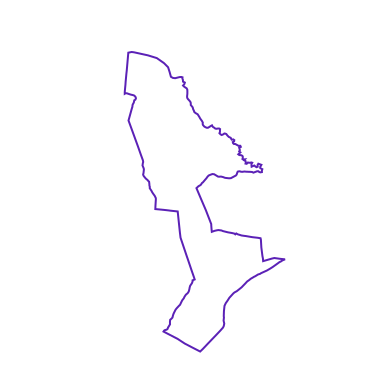 Zé Doca, Maranhão, Brazil, rotated 70°
{"feature_id": "56859067B5198851125658", "entity_name": "Zé Doca", "entity_type": "district", "adm_level": 2, "iso_a3": "BRA", "parent_name": "Brazil", "parent_adm1": "Maranhão", "projection": "mercator", "projection_center": [-45.921, -3.253], "detail": "fine", "context": "isolated", "style": "outline", "palette": "violet", "viewbox_px": 384, "rotation_deg": 70, "n_neighbors": 0, "source": "geoboundaries", "source_scale": "gbopen_adm2", "svg_char_len": 4562}
<svg xmlns="http://www.w3.org/2000/svg" viewBox="0 0 384 384"><g transform="rotate(70 192 192)"><path d="M197.2,119.5L196.0,119.1L194.6,118.1L193.7,119.0L192.8,119.7L191.8,119.4L191.0,118.4L190.2,117.5L189.1,118.8L188.1,120.0L189.0,121.1L190.7,121.6L190.8,122.8L189.9,123.6L188.4,124.4L188.5,125.8L188.6,127.3L187.3,127.0L186.2,126.6L185.1,125.4L184.5,126.2L184.4,127.3L184.0,128.5L183.4,129.3L184.2,131.0L183.6,132.0L182.5,131.3L181.2,131.1L180.0,132.2L179.4,131.1L179.0,132.6L178.2,133.3L177.5,132.7L176.2,132.2L175.2,132.3L174.1,133.4L173.5,134.9L172.4,135.6L172.0,134.7L171.3,133.0L170.0,133.8L169.0,132.7L167.8,132.6L166.5,132.5L166.3,130.7L165.1,130.8L164.5,132.5L161.7,134.9L161.3,136.1L160.3,136.7L159.0,136.6L158.8,135.1L157.7,134.5L156.7,135.2L156.4,136.8L155.3,137.0L154.3,137.1L152.8,138.6L151.9,139.0L150.8,139.5L149.3,139.9L148.5,140.8L148.1,141.6L148.5,142.8L148.6,144.6L147.7,145.4L146.1,146.1L145.2,145.2L144.0,144.8L142.5,144.1L141.7,144.7L141.2,146.1L140.9,147.6L140.3,148.5L139.1,149.2L137.8,150.2L136.2,150.4L136.4,151.8L136.8,153.4L137.1,155.1L136.6,156.3L135.5,157.4L134.6,158.1L132.7,158.8L131.7,158.7L130.5,158.1L128.5,158.4L125.7,159.2L124.1,159.4L120.9,160.1L119.0,161.7L117.5,162.5L116.3,162.4L114.7,162.6L112.7,162.4L111.2,162.9L109.9,163.4L107.8,162.7L106.8,162.7L105.5,163.1L103.0,164.1L101.8,164.3L100.4,163.9L98.2,162.8L95.5,161.8L94.1,161.4L92.7,161.6L91.4,162.6L90.2,163.4L88.9,164.0L88.0,162.3L86.7,161.3L85.2,162.7L83.5,162.2L81.9,162.2L81.0,161.7L80.3,162.6L79.8,164.2L79.6,165.9L79.3,168.9L78.8,169.9L78.2,171.0L76.5,172.4L71.5,172.0L66.6,171.8L61.4,174.2L54.1,179.3L48.5,186.7L40.9,198.7L39.8,200.8L39.3,204.2L55.6,211.8L58.2,213.1L65.8,216.7L68.3,217.8L72.7,219.9L74.2,220.6L75.3,221.1L76.7,221.6L76.5,220.5L77.0,219.4L78.0,218.2L78.8,217.2L79.7,216.0L80.5,214.7L81.4,213.5L82.4,212.9L83.7,212.5L84.9,212.7L85.9,213.7L86.1,214.9L87.9,216.0L88.8,216.9L89.5,217.8L90.5,218.4L91.6,218.9L92.6,219.7L94.1,220.8L103.1,227.2L107.6,227.2L112.0,227.2L114.2,227.2L126.6,227.2L131.0,227.2L139.5,227.3L145.4,227.3L147.1,227.6L148.2,228.4L149.2,228.9L150.0,229.4L151.1,229.4L152.7,229.3L154.1,229.4L155.2,229.9L156.2,230.4L157.8,231.2L158.7,231.9L159.8,232.0L160.9,231.8L162.2,231.3L163.4,230.9L164.5,230.3L165.5,229.7L166.7,229.3L167.6,228.8L168.5,229.0L169.8,229.3L171.4,229.8L172.9,229.9L173.8,230.4L175.4,230.1L176.8,229.7L177.9,229.6L179.0,229.4L180.2,229.1L181.3,228.8L182.3,228.5L183.2,228.3L184.4,228.2L185.4,228.1L186.6,228.5L191.2,230.5L192.1,230.9L195.5,232.3L197.2,228.7L199.4,224.1L201.5,219.9L202.1,218.8L204.6,213.7L205.4,212.1L225.8,217.2L231.0,218.4L251.5,218.9L252.8,218.9L265.6,219.2L272.5,219.3L275.1,219.4L275.2,221.7L276.2,222.0L277.7,223.3L279.5,225.8L281.0,226.9L282.4,227.7L284.4,229.1L285.6,230.7L286.4,232.9L287.1,233.8L287.7,234.7L289.1,236.1L290.4,238.2L292.3,240.2L293.9,241.8L294.4,243.0L296.0,246.1L296.9,247.6L298.2,249.0L299.9,250.8L301.5,252.1L303.3,253.3L304.0,254.6L304.6,256.2L306.4,257.1L307.8,257.6L308.8,257.9L310.5,260.0L311.1,260.8L312.3,261.8L312.7,263.0L312.5,264.5L312.7,265.6L313.4,266.5L325.4,255.5L326.8,254.5L332.0,250.6L337.9,245.2L344.7,238.9L343.2,235.5L339.7,228.5L334.1,217.1L332.1,213.1L330.0,209.2L328.8,208.0L326.7,206.7L323.7,206.3L320.8,204.9L319.5,204.6L314.8,202.7L310.1,200.4L308.0,198.3L306.2,195.7L304.2,193.1L301.4,187.8L300.9,186.4L300.5,183.8L299.4,180.5L298.5,177.9L297.8,176.5L296.2,173.2L294.9,170.7L294.4,168.7L293.6,166.4L293.2,164.1L292.9,162.8L292.8,161.5L292.6,160.5L292.1,158.2L292.2,156.0L291.9,154.9L291.6,151.1L291.4,148.5L290.7,144.6L290.1,141.9L288.2,135.1L287.8,133.8L287.7,132.4L287.2,130.4L287.1,127.6L284.7,132.5L282.2,137.2L281.9,139.6L281.3,148.8L278.8,148.1L276.2,147.7L267.8,145.8L260.5,143.6L258.9,143.4L257.5,145.9L255.0,150.9L252.6,155.1L251.8,156.5L251.1,157.9L249.8,160.3L248.8,161.6L247.4,163.5L246.1,164.6L246.6,165.8L245.5,166.5L244.2,168.5L242.2,172.0L239.3,176.3L238.2,177.5L236.8,180.2L236.5,181.7L236.2,184.2L236.2,187.0L234.2,186.5L233.1,186.2L229.9,185.3L228.7,184.9L213.9,185.2L203.3,185.8L189.9,186.5L188.8,184.0L188.4,181.6L187.8,180.6L187.0,179.6L186.7,178.5L185.1,175.7L184.0,173.7L183.0,172.3L182.2,170.7L182.1,168.8L182.1,166.7L182.9,165.1L184.5,163.8L186.4,162.3L186.9,161.3L187.4,159.5L188.6,157.7L190.0,156.1L191.8,152.5L192.3,150.7L191.5,145.1L190.9,144.1L189.7,143.2L188.5,142.1L188.6,141.0L188.9,140.0L189.6,139.2L190.2,138.0L190.7,135.7L191.6,133.8L193.1,130.1L193.8,128.6L194.8,127.7L194.8,125.0L194.8,123.6L195.2,122.5L196.2,122.0L196.9,121.1L197.2,119.5Z" fill="none" stroke="#5b21b6" stroke-width="2"/></g></svg>